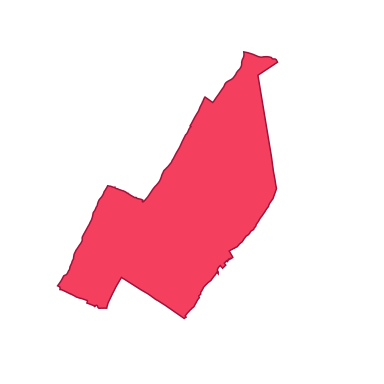 the district of Secu, Dolj, Romania, rotated 306°
{"feature_id": "2599482B59560805166375", "entity_name": "Secu", "entity_type": "district", "adm_level": 2, "iso_a3": "ROU", "parent_name": "Romania", "parent_adm1": "Dolj", "projection": "natural_earth1", "projection_center": [23.29, 44.48], "detail": "fine", "context": "isolated", "style": "filled", "palette": "rose", "viewbox_px": 384, "rotation_deg": 306, "n_neighbors": 0, "source": "geoboundaries", "source_scale": "gbopen_adm2", "svg_char_len": 5956}
<svg xmlns="http://www.w3.org/2000/svg" viewBox="0 0 384 384"><g transform="rotate(306 192 192)"><path d="M347.3,184.9L348.1,183.3L348.6,182.2L348.4,180.9L347.3,179.4L347.0,178.7L347.1,178.1L347.5,177.3L346.7,175.2L345.8,173.5L344.7,172.0L343.3,170.3L341.8,168.9L340.6,166.4L339.2,160.3L337.8,156.1L337.3,154.8L335.8,151.5L335.1,152.1L334.3,152.9L332.7,153.9L331.5,154.4L330.3,154.7L328.5,155.0L327.6,155.3L326.7,155.7L326.0,156.0L325.1,156.7L324.1,157.3L323.2,157.8L321.9,158.1L320.2,158.3L319.1,158.3L317.9,158.0L316.4,157.9L314.7,157.9L313.9,158.0L313.1,158.3L311.4,158.3L309.1,158.3L307.7,158.1L306.3,157.7L304.6,156.9L303.6,156.4L302.3,155.8L301.2,155.4L300.3,155.2L299.2,155.2L298.5,155.2L297.2,155.6L296.2,155.8L295.3,155.9L294.3,155.9L293.5,155.9L292.2,155.9L290.5,156.0L288.6,156.0L287.0,156.1L285.7,156.1L283.5,156.1L281.9,156.1L279.7,156.2L278.6,156.3L277.8,156.2L276.8,156.1L276.6,156.1L276.5,146.7L275.3,146.7L274.0,147.0L273.0,147.2L270.9,147.8L270.7,147.6L270.1,147.9L265.9,148.5L264.3,148.9L261.4,149.7L258.5,149.9L254.2,150.3L252.0,150.6L247.3,151.3L244.3,151.6L244.3,152.7L242.9,152.5L240.9,152.6L238.2,153.3L235.8,153.5L234.9,153.3L234.6,153.2L230.8,153.8L227.2,154.4L223.5,155.2L220.9,155.7L217.1,156.1L215.5,156.2L213.2,156.5L210.0,157.0L208.1,157.3L206.0,157.4L203.8,157.9L200.2,157.7L198.2,157.6L196.7,157.3L195.0,157.1L193.7,156.8L192.4,156.7L190.4,157.2L190.0,157.3L188.9,157.4L187.2,157.9L186.0,158.4L184.0,158.9L182.1,159.3L179.8,159.4L176.9,159.2L174.2,158.8L171.0,158.7L169.0,158.8L166.8,158.9L164.7,159.0L162.0,159.1L157.2,158.7L156.5,158.6L155.5,158.3L155.0,157.9L155.3,157.2L155.8,157.2L156.2,157.2L156.5,157.0L156.4,156.4L156.2,155.2L154.6,151.5L154.7,149.9L153.8,148.9L153.3,144.4L153.2,141.5L153.4,140.8L152.9,140.2L153.1,139.4L152.9,137.5L152.5,135.6L152.1,134.7L151.5,132.6L151.1,131.5L150.9,130.2L150.2,128.4L150.1,127.3L150.6,126.8L150.3,126.6L149.7,125.7L149.4,124.9L149.2,124.0L148.8,122.7L148.5,122.2L148.3,121.9L147.5,120.1L145.2,120.5L144.3,120.5L142.8,120.7L141.5,120.7L140.3,120.8L139.1,121.2L138.2,121.5L136.9,121.6L135.5,121.8L133.0,121.6L132.2,121.5L131.0,121.5L130.9,121.5L129.9,121.7L128.6,122.0L127.1,122.5L125.4,123.3L124.9,123.4L123.7,123.4L120.5,124.1L119.4,124.2L118.1,124.2L117.4,124.2L115.8,124.9L114.4,125.6L113.0,126.2L112.4,126.4L110.5,127.0L108.9,127.3L107.6,127.4L106.5,127.7L105.4,127.9L102.5,128.2L98.6,128.7L96.8,128.9L96.4,129.0L95.5,129.1L94.8,129.1L93.8,129.3L92.6,129.5L91.8,129.6L91.3,129.7L90.1,130.2L89.1,131.1L88.7,131.4L87.8,131.8L86.5,132.0L85.2,132.2L82.2,132.2L81.0,132.3L80.1,132.3L78.9,132.4L78.0,132.4L76.7,132.4L72.4,133.2L71.9,133.4L71.4,133.7L69.5,134.6L68.8,135.1L68.1,135.4L67.4,135.5L65.5,135.8L63.6,136.5L60.5,137.1L60.0,137.2L59.6,137.3L58.3,138.0L56.9,138.5L56.3,138.5L55.8,138.4L54.0,138.8L53.3,138.9L51.8,139.0L51.0,138.8L50.0,138.1L49.1,137.7L48.7,137.5L46.9,137.8L43.2,138.3L40.2,138.4L37.8,138.4L37.1,138.4L37.3,139.7L37.6,140.5L37.2,141.0L36.9,141.7L36.6,142.0L35.8,142.2L35.5,142.4L35.4,142.7L36.1,143.2L36.2,143.6L36.2,143.8L36.3,144.2L36.8,146.4L37.3,149.2L37.9,152.9L38.1,153.7L38.3,153.7L38.5,155.3L38.6,156.4L38.7,156.7L38.7,157.1L38.9,158.2L39.0,158.7L39.0,159.3L39.0,159.9L39.2,160.6L39.7,162.2L40.4,164.2L40.6,164.6L40.8,165.0L42.4,170.2L42.6,170.9L42.5,171.4L42.1,171.6L40.8,172.1L40.4,172.2L40.6,172.9L41.0,174.3L42.4,179.5L42.5,179.7L42.7,179.9L42.3,180.0L42.0,180.3L42.0,180.5L42.4,180.7L42.6,180.8L43.2,180.9L43.8,181.1L44.1,181.2L44.3,181.5L44.4,181.9L44.3,182.4L44.0,182.8L43.5,183.5L43.4,183.7L43.3,184.1L43.2,184.3L43.2,184.7L43.3,185.0L43.7,185.7L44.8,187.0L45.6,188.1L46.0,188.7L46.2,188.9L47.9,191.3L49.6,190.5L51.1,190.0L53.0,189.3L56.8,188.6L62.8,187.5L71.5,186.1L79.6,185.3L81.4,185.1L81.5,186.8L81.7,188.7L82.9,208.4L83.7,216.0L83.8,220.1L83.7,222.1L83.8,223.5L83.7,225.4L84.1,228.5L84.4,233.6L84.6,236.7L85.1,260.0L87.3,260.8L87.8,259.3L89.2,259.4L91.5,259.4L93.6,259.7L95.4,259.9L96.8,260.2L98.3,260.4L99.2,260.7L100.1,260.9L101.1,260.9L102.4,260.7L103.8,260.4L104.5,260.5L106.0,260.2L108.3,259.9L109.9,260.0L110.9,260.1L111.3,259.3L111.7,258.8L112.0,258.6L112.6,258.6L114.1,259.1L114.5,259.1L115.3,258.5L115.7,258.1L118.1,257.9L119.6,257.7L119.9,257.8L120.4,257.7L121.4,257.3L122.1,257.4L122.8,257.6L123.5,257.5L126.4,258.0L127.9,258.2L129.6,258.7L131.6,259.3L132.7,259.3L134.4,259.3L137.0,259.3L138.0,259.5L138.9,259.4L140.3,259.4L140.9,259.3L141.7,259.3L141.4,260.9L141.3,261.2L142.4,260.5L142.8,260.1L143.1,259.5L143.5,258.7L144.1,258.2L144.8,258.0L145.8,257.8L146.4,257.8L147.1,257.8L147.7,257.9L149.1,258.1L148.3,261.6L152.7,262.3L153.4,260.0L156.6,260.4L156.4,261.2L156.9,261.2L156.9,261.6L157.4,261.5L157.5,261.0L159.3,261.2L159.1,261.7L160.8,262.0L160.6,262.6L161.8,263.1L163.2,263.4L166.1,256.8L166.4,256.9L167.1,257.2L167.7,257.4L168.0,257.5L168.6,257.9L169.1,258.1L169.4,258.3L170.0,258.5L170.6,258.8L171.0,259.0L171.3,259.3L171.6,259.4L172.1,259.6L172.4,259.7L173.0,260.0L173.5,260.2L173.9,260.6L174.3,260.8L174.6,260.8L175.1,260.8L175.3,260.8L175.9,260.9L176.2,261.0L176.5,261.0L177.5,260.9L178.0,261.0L178.7,261.2L179.6,261.4L180.6,261.7L181.4,261.9L182.1,261.8L182.6,261.8L183.4,261.8L183.9,261.7L184.6,261.7L186.8,261.7L187.4,261.7L188.2,261.8L188.8,262.0L189.6,262.3L190.4,262.7L190.8,262.8L191.3,262.8L191.8,262.8L192.4,262.9L193.1,262.8L193.8,262.7L194.5,262.7L195.1,262.8L195.7,262.9L196.1,263.1L196.4,263.3L197.1,263.6L197.6,263.8L198.0,263.9L198.8,263.7L199.3,263.5L200.0,263.5L200.9,263.7L201.3,263.7L201.8,263.7L202.3,263.6L203.1,263.2L203.6,263.0L205.0,263.0L206.3,263.0L207.2,263.0L208.2,262.9L209.5,262.7L210.6,262.6L211.4,262.6L212.4,262.6L213.5,262.7L214.6,262.7L216.2,262.6L217.8,262.6L219.3,262.5L220.5,262.4L222.4,262.3L223.6,262.3L224.6,262.4L225.2,262.4L226.2,262.0L227.3,261.7L228.2,261.5L229.9,261.5L230.9,261.4L232.5,261.4L233.9,261.5L244.4,258.4L245.8,256.9L246.8,255.8L251.1,251.5L256.4,245.9L267.2,235.6L325.2,176.7L347.3,184.9Z" fill="#f43f5e" stroke="#9f1239" stroke-width="1.5"/></g></svg>